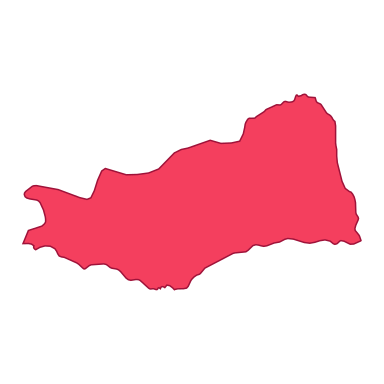 the Province of Lusaka
{"feature_id": "ZMB-520", "entity_name": "Lusaka", "entity_type": "Province", "adm_level": 1, "iso_a3": "ZMB", "parent_name": "Zambia", "parent_adm1": "", "projection": "natural_earth1", "projection_center": [29.259, -15.303], "detail": "fine", "context": "isolated", "style": "filled", "palette": "rose", "viewbox_px": 384, "rotation_deg": 0, "n_neighbors": 0, "source": "natural_earth", "source_scale": "10m", "svg_char_len": 2892}
<svg xmlns="http://www.w3.org/2000/svg" viewBox="0 0 384 384"><path d="M309.8,243.2L304.3,242.5L293.4,239.1L287.8,238.5L284.8,239.3L279.6,242.0L274.1,243.0L266.8,245.8L263.7,246.3L261.1,245.8L258.6,245.1L255.9,244.7L252.9,245.6L248.2,250.2L245.9,251.8L234.9,252.9L233.0,253.4L204.9,268.1L200.4,273.5L199.3,274.3L196.7,275.1L194.2,276.8L192.2,278.8L190.9,280.5L188.2,286.3L186.6,288.1L183.5,288.7L177.8,288.8L175.0,289.4L174.5,289.7L174.4,289.7L172.6,287.8L169.8,285.7L166.9,285.1L164.8,287.6L163.3,286.7L162.0,286.6L160.9,287.3L160.4,288.7L159.0,287.7L158.1,288.1L157.6,289.1L156.9,289.6L155.8,289.5L153.8,288.8L153.0,288.7L150.7,289.0L149.9,288.9L148.7,288.2L140.1,280.4L138.4,279.6L135.9,279.5L130.8,280.3L128.3,279.7L126.1,278.1L120.6,271.6L118.5,269.8L116.5,269.0L111.8,268.2L110.2,267.5L107.7,265.5L106.3,264.5L103.8,263.9L91.1,264.8L89.1,265.7L85.3,268.7L84.1,269.0L82.8,268.1L78.8,264.3L76.7,262.9L64.2,257.3L61.5,256.9L59.2,256.0L57.8,253.9L56.6,251.2L54.9,248.7L50.3,246.2L45.0,245.9L39.9,247.3L35.7,249.7L34.6,249.0L33.9,248.1L33.6,247.0L33.9,245.8L31.5,244.1L28.5,243.5L23.0,243.6L28.4,230.5L41.9,226.1L44.2,224.1L45.4,222.4L45.6,221.5L45.6,220.7L45.6,219.2L45.3,216.8L43.5,210.0L40.1,202.6L38.5,200.9L36.6,200.0L29.8,198.9L26.8,198.0L25.1,196.7L24.3,194.6L24.5,193.1L25.6,191.5L32.0,186.5L33.2,185.9L34.8,185.7L36.4,185.6L58.2,189.6L79.6,197.6L87.0,199.4L90.9,197.8L94.3,190.8L97.6,180.3L101.7,171.0L105.3,168.5L126.3,174.8L137.4,174.5L148.6,173.0L158.7,169.0L174.4,152.9L181.3,149.5L187.9,148.1L210.2,140.3L220.9,143.4L231.3,143.0L239.7,141.2L243.3,133.9L244.7,127.5L245.2,124.2L245.9,122.3L247.7,119.3L248.7,118.5L249.7,118.2L250.5,118.3L254.6,118.2L255.2,117.8L256.3,116.7L263.8,111.9L264.9,110.9L265.7,109.9L266.4,109.4L276.5,104.8L277.2,104.8L280.0,105.0L280.7,104.8L281.3,104.4L283.8,101.9L284.7,101.5L285.6,101.4L287.6,102.0L288.6,102.2L289.8,102.2L291.9,101.9L292.9,101.5L293.7,101.0L294.1,100.5L294.5,99.9L294.8,99.1L295.7,96.3L296.4,95.1L297.0,95.0L297.5,95.4L297.9,95.9L298.8,96.4L299.9,95.9L301.2,95.7L302.4,94.8L303.3,94.5L304.1,94.3L304.9,94.3L305.6,94.5L306.2,94.9L307.4,96.4L308.6,97.1L315.1,97.6L315.5,98.7L316.0,100.6L316.5,101.7L317.3,102.6L320.2,103.9L320.8,104.3L321.3,104.9L326.3,112.6L327.0,113.4L327.7,113.9L329.6,115.0L330.7,115.9L332.0,117.6L332.9,119.4L334.3,121.0L334.9,121.4L335.6,125.9L335.6,143.8L335.8,144.0L335.8,145.0L336.7,149.5L336.7,156.1L337.3,162.6L342.0,181.3L345.2,188.4L349.3,191.5L351.1,192.2L352.7,194.2L354.1,196.9L354.9,199.6L355.5,202.7L355.8,212.4L356.2,214.1L358.1,217.1L358.5,218.5L358.1,220.0L355.8,225.2L354.9,228.5L355.2,230.5L358.8,234.9L359.5,236.1L361.0,240.5L360.7,240.9L358.9,241.7L353.8,244.0L350.2,244.2L346.1,242.2L344.1,241.2L340.9,240.6L339.8,241.1L337.8,243.0L336.8,243.8L334.8,244.3L333.3,243.7L330.1,241.1L325.0,239.9L319.9,240.7L314.8,242.3L309.8,243.2Z" fill="#f43f5e" stroke="#9f1239" stroke-width="1.5"/></svg>